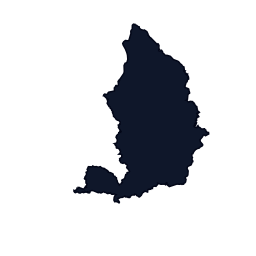 outline of Timor Tengah Utara, Nusa Tenggara Timur, Indonesia, rotated 322°
{"feature_id": "22746128B66987763142599", "entity_name": "Timor Tengah Utara", "entity_type": "district", "adm_level": 2, "iso_a3": "IDN", "parent_name": "Indonesia", "parent_adm1": "Nusa Tenggara Timur", "projection": "robinson", "projection_center": [124.402, -9.341], "detail": "fine", "context": "isolated", "style": "filled", "palette": "ink", "viewbox_px": 256, "rotation_deg": 322, "n_neighbors": 0, "source": "geoboundaries", "source_scale": "gbopen_adm2", "svg_char_len": 5917}
<svg xmlns="http://www.w3.org/2000/svg" viewBox="0 0 256 256"><g transform="rotate(322 128 128)"><path d="M196.2,49.5L194.7,49.7L192.1,52.8L190.5,53.0L189.4,53.9L188.7,55.2L182.8,59.4L181.7,59.3L179.8,57.4L177.7,57.4L175.9,58.1L175.3,59.6L174.6,64.2L173.5,67.9L172.5,70.2L170.1,73.8L167.6,75.6L166.5,75.6L165.6,75.2L163.4,76.3L159.9,81.1L158.4,82.4L152.3,84.4L149.1,85.1L149.1,85.6L148.5,85.6L148.3,85.8L148.7,85.6L148.5,85.9L149.1,86.0L148.4,86.3L146.7,88.3L145.0,88.4L144.9,87.2L144.6,87.1L142.5,88.0L141.9,88.0L140.1,90.5L134.9,87.9L133.9,88.0L133.1,88.7L131.8,88.4L130.5,86.9L129.5,86.9L128.5,87.5L128.9,87.9L129.5,91.7L129.1,92.6L129.9,93.2L128.8,93.7L128.4,94.6L126.8,95.7L126.3,99.6L126.8,100.6L126.2,101.5L126.6,103.1L126.0,104.1L126.1,105.9L125.4,106.1L124.6,108.8L123.8,109.8L124.2,112.0L124.0,114.1L124.7,115.6L125.4,116.5L125.6,118.0L124.9,119.3L124.0,119.6L123.8,120.2L122.1,119.7L121.7,120.9L120.8,121.6L120.4,126.3L120.0,126.2L119.7,126.6L119.3,125.8L118.8,126.4L117.9,125.9L116.8,126.9L115.3,126.8L114.5,127.4L114.2,127.1L112.9,127.9L113.1,128.4L112.6,129.2L112.4,130.8L109.9,132.9L107.8,132.0L108.0,132.4L107.6,133.0L107.9,133.6L107.4,134.0L107.5,135.3L107.1,136.3L106.8,136.2L106.6,136.7L107.6,137.6L108.3,139.9L107.7,140.8L107.9,141.7L106.1,142.9L104.7,143.0L106.3,144.3L106.6,145.4L105.0,147.2L102.7,147.0L102.4,147.1L102.2,147.8L101.4,148.3L101.1,151.0L102.3,152.8L103.1,152.9L104.0,153.7L104.0,154.8L104.6,156.8L104.3,157.5L102.8,158.1L102.5,159.4L102.9,159.9L102.6,161.1L102.8,162.4L102.5,163.2L101.4,163.3L99.8,162.6L98.9,163.6L97.6,163.3L94.2,165.8L91.0,165.3L90.0,167.5L89.2,167.2L88.9,167.6L87.9,167.7L86.7,167.2L86.0,167.5L86.3,164.2L86.9,163.2L87.3,161.4L88.2,160.1L87.8,159.2L87.9,158.0L87.4,157.8L87.2,156.6L87.9,154.9L86.7,152.4L85.2,150.8L85.2,150.4L85.7,150.1L85.7,149.5L85.5,148.5L85.0,148.3L85.1,147.4L84.5,146.0L84.6,145.5L84.3,145.2L83.8,145.4L83.6,144.2L82.8,143.4L82.4,141.4L80.5,140.6L79.2,138.8L77.8,138.1L76.8,136.2L75.8,136.5L73.0,134.1L71.9,134.6L71.6,135.2L70.4,135.3L69.9,137.1L68.7,137.3L67.7,137.1L67.2,138.5L66.2,139.4L63.7,140.2L63.4,140.8L62.5,141.1L62.5,141.7L63.3,142.5L61.0,145.5L61.2,147.1L59.6,147.9L58.6,147.8L58.6,149.1L57.3,148.4L55.2,148.9L53.9,146.5L53.5,146.4L53.2,145.1L52.1,144.1L51.4,144.9L50.6,144.1L50.2,144.9L49.5,144.9L47.3,144.6L47.0,143.9L46.4,144.7L46.4,146.0L46.9,146.7L48.0,146.8L49.2,147.7L49.2,148.5L50.2,149.8L51.6,150.0L52.6,150.7L53.1,150.6L53.1,151.5L54.9,152.3L55.2,151.8L55.6,152.9L56.4,153.0L56.4,153.6L57.0,153.3L57.4,154.0L57.0,154.8L57.5,155.3L58.1,155.4L59.6,154.3L61.2,155.2L62.1,156.1L64.7,160.7L65.7,160.7L66.2,162.1L66.9,162.2L67.1,162.7L69.7,163.2L70.0,164.4L70.6,164.8L71.4,166.9L71.9,167.4L72.6,167.3L73.4,168.2L74.4,168.3L74.2,169.6L74.5,170.3L75.6,171.2L76.6,171.3L76.9,172.4L77.6,173.2L76.0,173.3L74.5,174.1L72.5,176.1L72.1,177.9L72.9,178.3L74.3,179.8L74.6,181.1L75.0,181.5L75.6,181.1L76.0,178.2L76.5,177.5L77.1,177.3L77.9,177.9L79.3,178.1L80.9,179.2L81.6,179.1L81.9,179.5L83.7,179.7L83.6,180.6L83.9,181.2L84.9,181.4L85.2,182.5L85.6,182.5L85.6,183.0L86.5,183.8L87.1,183.8L87.6,183.2L90.2,183.4L91.7,184.7L92.6,184.3L93.4,185.3L93.2,186.4L94.3,188.6L94.2,189.1L94.6,189.4L97.1,189.2L99.5,188.0L101.0,188.3L101.6,187.9L102.4,188.2L104.0,190.5L105.8,188.8L106.8,189.1L107.1,189.6L107.6,189.6L108.2,190.3L109.1,189.9L110.0,190.7L110.8,189.6L112.8,189.9L114.1,191.2L117.0,190.6L117.4,189.8L119.2,192.5L122.3,194.8L122.6,195.7L123.0,195.4L123.3,195.8L124.1,194.8L124.5,194.8L124.5,195.1L125.2,194.5L124.8,195.4L124.2,195.8L124.6,197.4L124.0,197.4L124.5,199.6L132.0,202.3L134.1,204.2L135.4,204.8L135.8,205.7L136.6,205.9L137.2,206.5L137.8,206.0L139.1,206.2L140.2,205.9L142.1,204.2L142.3,202.6L143.0,202.0L145.2,202.3L146.3,201.8L149.0,198.8L149.5,196.4L150.8,195.3L151.7,195.1L155.0,195.9L156.4,195.2L157.0,194.4L158.3,194.5L158.8,193.8L159.1,191.8L160.6,191.0L160.8,189.8L162.2,187.8L163.2,188.2L165.4,187.1L167.9,186.6L170.0,186.9L171.8,187.7L173.4,187.4L174.9,187.8L176.0,187.7L176.7,186.9L176.5,183.6L177.4,181.6L181.1,180.8L182.8,180.1L183.7,180.2L184.3,181.8L187.9,182.4L188.7,181.1L187.5,180.1L187.7,179.3L187.2,179.0L188.0,177.5L187.7,176.8L187.8,175.7L185.3,174.2L184.9,171.9L184.2,170.8L184.6,169.2L183.7,169.3L182.6,170.1L181.2,168.5L181.0,167.7L181.3,167.1L182.5,167.5L182.5,166.5L183.1,166.5L183.3,165.9L183.6,166.4L183.3,167.1L184.4,166.7L185.0,166.2L184.3,165.9L184.5,165.4L185.2,165.3L185.9,163.8L186.3,164.4L186.8,164.3L187.7,162.5L188.7,162.5L189.3,161.8L189.8,162.5L190.3,162.0L190.8,162.4L191.0,161.1L190.6,160.7L191.2,159.9L191.1,159.0L191.7,158.9L192.1,159.5L193.9,159.6L193.8,158.8L193.3,158.1L193.9,156.4L193.6,155.4L194.4,155.3L195.3,153.6L194.6,153.2L195.2,152.0L194.9,151.3L195.3,149.9L194.8,149.4L195.3,148.7L194.9,148.5L195.2,147.0L193.3,145.2L191.9,145.0L191.4,144.0L191.5,142.3L191.1,141.9L192.5,142.0L195.5,138.8L196.6,138.3L197.9,138.5L198.4,137.9L199.0,136.1L199.7,134.9L199.4,134.7L199.6,134.2L199.2,134.1L199.2,133.2L198.0,131.5L198.3,131.1L198.0,130.5L198.5,130.3L198.8,129.6L199.4,129.6L202.1,127.7L203.0,127.9L204.4,126.7L205.9,126.7L206.0,125.7L206.4,126.0L206.7,125.5L206.5,125.2L207.0,125.1L207.4,123.6L207.0,122.4L207.6,122.8L208.1,122.2L207.5,122.1L207.4,120.8L207.8,120.9L207.1,120.4L207.0,119.5L207.7,118.7L207.2,118.0L207.5,117.9L207.4,117.6L207.9,117.7L207.6,117.3L207.9,116.6L208.3,116.6L209.6,114.4L209.3,114.2L209.4,113.9L209.0,112.8L209.2,111.1L208.7,109.6L208.7,107.0L208.3,105.9L205.9,102.0L205.5,97.6L203.7,95.0L202.1,93.7L201.9,91.1L201.4,90.2L202.2,89.1L202.3,87.4L200.6,87.1L199.8,86.0L200.5,85.6L200.5,85.3L201.2,85.4L201.1,85.0L201.6,83.9L203.2,82.1L203.6,80.5L203.4,80.0L202.3,80.2L202.4,79.8L201.4,70.8L200.8,69.9L201.2,69.0L200.9,68.3L201.3,67.3L200.9,66.9L201.7,66.0L202.2,63.6L201.2,60.8L200.3,60.5L198.8,58.3L198.4,56.5L199.1,55.1L198.3,54.1L198.0,52.3L197.2,51.5L197.3,50.5L196.8,50.4L196.2,49.5Z" fill="#0f172a" stroke="#020617" stroke-width="1.5"/></g></svg>